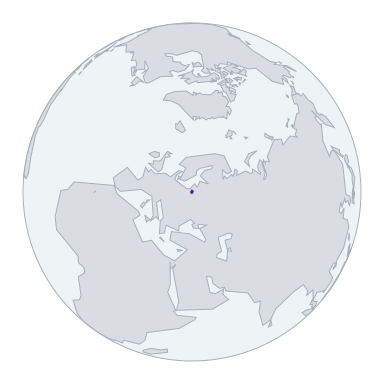 the Earth from above Marijampoles, rotated 36°
{"feature_id": "LTU-1070", "entity_name": "Marijampoles", "entity_type": "County", "adm_level": 1, "iso_a3": "LTU", "parent_name": "Lithuania", "parent_adm1": "", "projection": "orthographic", "projection_center": [23.274, 54.666], "detail": "fine", "context": "on_globe", "style": "filled", "palette": "violet", "viewbox_px": 384, "rotation_deg": 36, "n_neighbors": 0, "source": "natural_earth", "source_scale": "10m", "svg_char_len": 11230}
<svg xmlns="http://www.w3.org/2000/svg" viewBox="0 0 384 384"><g transform="rotate(36 192 192)"><circle cx="192" cy="192" r="169" fill="#eef3f6" stroke="#a8b0b8"/><path d="M77.2,68.0L96.0,53.4L84.4,61.7L92.4,55.5L91.6,56.1L102.0,49.5L110.1,44.8L123.1,40.0L132.2,41.3L127.4,42.8L130.2,43.2L136.4,41.5L139.8,40.3L157.6,41.8L178.3,40.5L184.4,37.7L183.4,40.5L194.8,33.9L205.8,33.1L193.6,35.6L192.5,37.2L200.0,37.2L200.5,38.8L204.5,39.9L204.4,41.9L197.3,43.6L197.1,45.0L202.4,45.0L205.7,47.3L197.9,47.1L202.9,51.1L191.9,55.3L171.0,54.3L165.0,59.5L143.8,66.2L145.9,67.8L139.2,71.8L139.1,75.1L135.2,75.7L138.5,78.0L142.0,76.8L144.7,77.5L144.9,79.5L140.0,80.5L139.2,79.6L137.9,81.0L135.3,80.7L136.7,81.9L130.7,83.1L137.0,85.0L132.5,88.4L128.4,88.4L128.5,84.5L119.1,75.6L115.0,75.0L109.2,77.6L99.0,90.7L94.6,91.8L88.9,96.1L91.5,97.2L96.8,94.2L100.2,97.5L106.3,93.8L108.6,94.8L115.1,92.8L114.4,97.5L110.3,103.2L105.0,105.1L103.0,107.8L108.4,109.6L98.7,117.2L92.8,129.4L90.2,131.0L84.7,127.2L83.9,117.4L76.7,113.5L81.7,120.6L75.2,125.2L74.3,128.0L74.9,130.6L77.5,130.7L75.3,133.4L69.6,127.1L71.4,124.5L73.2,126.4L72.8,122.0L68.9,118.4L65.9,121.3L63.2,113.6L61.0,115.6L59.2,115.3L62.8,112.4L56.2,117.6L52.5,111.4L43.4,120.9L52.0,108.3L54.8,102.5L57.4,96.6L55.9,98.0L61.4,89.0L62.9,84.7L58.3,88.8L52.9,96.1L60.3,86.1L68.4,76.8L77.2,68.0ZM51.8,97.7L46.7,105.9L47.4,105.6L44.6,111.6L41.5,115.1L35.9,128.1L33.8,132.6L38.9,120.5L44.9,108.8L51.8,97.7ZM30.0,144.1L29.6,145.5L27.6,153.4L27.9,154.0L27.6,159.2L25.8,164.8L27.1,163.9L26.0,170.6L26.6,185.3L26.1,185.4L26.3,204.6L29.6,221.4L30.3,228.7L29.6,229.7L31.4,235.2L31.5,237.0L41.3,258.9L48.6,273.0L49.9,278.6L46.7,277.2L48.5,281.2L42.4,270.5L37.1,259.5L32.6,248.1L29.0,236.4L26.2,224.5L24.3,212.4L23.2,200.2L23.1,187.9L23.8,175.7L25.5,163.6L28.0,151.6L28.1,150.8L29.2,146.8L30.0,144.1ZM41.1,123.2L34.9,141.4L36.0,134.0L36.2,134.7L38.3,129.4L41.4,121.3L43.1,115.5L41.1,123.2ZM43.7,124.6L44.6,121.8L44.1,124.2L43.7,124.6ZM141.2,39.6L136.5,41.3L130.7,42.4L134.6,40.7L141.2,39.6ZM152.3,38.5L150.2,39.6L147.3,38.6L149.4,38.2L152.3,38.5ZM188.7,35.5L184.8,35.9L188.5,35.0L188.7,35.5ZM205.0,39.7L206.0,39.1L207.6,39.9L205.0,39.7ZM115.0,90.5L115.0,91.6L113.8,91.4L115.0,90.5ZM117.7,88.6L116.3,87.5L117.4,86.4L118.2,87.1L117.7,88.6ZM209.0,43.9L211.3,45.5L207.7,44.1L209.0,43.9ZM119.2,90.3L119.5,84.8L121.5,83.0L126.4,84.3L119.2,90.3ZM211.9,46.7L217.6,50.9L220.2,49.9L216.0,55.3L212.5,49.8L207.7,48.1L211.1,48.0L211.9,46.7ZM143.1,75.6L139.3,76.9L142.2,74.1L143.1,75.6ZM144.3,73.7L149.5,64.4L155.3,63.7L152.3,66.8L159.6,64.6L159.8,68.8L155.9,70.9L152.1,70.5L155.1,72.5L144.3,73.7ZM212.7,57.8L213.0,59.2L211.3,58.1L212.7,57.8ZM146.0,77.6L146.5,75.7L151.5,74.9L151.4,78.5L149.8,77.6L146.0,77.6ZM161.4,62.1L165.1,62.3L166.3,65.7L167.9,66.2L160.3,68.8L161.4,62.1ZM148.8,78.8L151.1,80.4L149.0,82.7L145.8,79.4L148.8,78.8ZM152.9,73.2L155.3,73.0L153.9,74.3L152.9,73.2ZM142.8,91.9L143.3,89.4L146.0,88.8L142.8,91.9ZM152.2,80.9L152.9,80.2L154.0,79.7L155.1,81.2L152.2,80.9ZM161.7,71.1L161.4,72.6L164.9,70.2L165.9,72.8L160.7,74.1L163.4,74.6L163.7,75.4L159.1,75.7L161.7,71.1ZM159.5,81.4L153.2,84.3L151.6,88.8L149.2,89.5L152.2,82.1L159.5,81.4ZM159.6,78.0L159.0,80.2L156.3,79.8L155.1,78.1L159.6,78.0ZM168.5,74.1L168.3,69.8L169.4,69.7L168.5,74.1ZM159.6,82.8L161.1,82.1L159.8,83.2L159.6,82.8ZM166.4,76.8L166.1,75.3L167.4,75.2L166.4,76.8ZM164.3,82.1L162.3,82.9L161.4,81.7L164.3,82.1ZM165.7,79.7L167.5,80.0L162.3,80.7L165.3,79.0L165.7,79.7ZM167.6,77.0L168.3,76.4L167.6,77.7L167.6,77.0ZM168.9,86.3L162.5,87.6L160.5,84.9L167.0,83.9L168.9,86.3ZM95.8,292.5L85.0,267.9L90.0,262.8L90.7,253.2L125.1,232.5L132.7,237.5L160.0,239.1L163.5,241.1L160.6,249.3L181.3,261.5L187.7,254.8L206.3,259.6L218.4,257.9L222.2,241.5L202.3,243.9L198.6,236.2L214.3,227.4L231.7,225.2L230.8,222.1L219.6,217.0L223.3,210.2L215.7,214.7L218.9,217.5L214.2,220.5L211.0,218.2L212.4,215.8L207.1,215.0L201.5,227.1L204.3,231.3L190.5,234.0L193.8,241.4L190.1,244.9L183.3,233.8L183.8,229.6L171.3,216.7L169.5,221.3L181.2,233.9L177.7,232.9L175.4,239.6L174.3,233.6L162.0,219.1L149.4,219.8L133.8,233.5L126.4,232.6L120.0,226.7L125.3,210.1L141.3,214.2L143.4,208.8L139.9,199.1L145.0,201.3L145.5,197.9L151.5,199.0L159.7,192.3L165.7,192.5L168.7,182.3L172.2,181.2L169.4,187.4L170.8,192.1L185.8,192.5L188.6,190.4L189.3,183.9L193.4,185.0L192.1,178.7L200.6,175.9L189.2,174.1L189.7,166.9L194.6,161.3L192.8,158.8L184.7,168.0L183.3,172.0L185.4,175.8L179.9,187.1L174.8,188.7L172.8,176.1L165.4,177.1L167.1,167.2L187.8,147.7L196.6,143.8L211.8,152.1L209.9,156.9L203.5,156.2L209.7,163.3L209.1,159.6L212.4,160.7L213.8,154.5L216.2,155.0L213.3,148.3L216.4,148.3L218.2,152.5L222.9,143.7L229.3,142.1L229.2,139.9L227.3,138.0L236.8,137.6L236.2,136.0L232.9,135.5L229.8,132.1L227.8,126.1L231.2,126.3L232.4,128.5L239.9,133.5L242.4,139.5L243.6,139.0L242.2,133.8L233.1,127.7L231.0,124.0L235.6,126.3L233.8,125.2L233.8,123.4L237.0,121.9L232.0,119.2L227.6,101.1L233.3,96.7L238.0,100.5L238.4,89.0L244.9,85.7L241.8,85.2L240.0,79.7L237.9,80.7L236.3,80.1L230.7,67.3L232.0,64.7L226.1,59.3L224.5,59.1L223.2,60.7L216.0,55.3L220.2,49.9L223.6,50.5L224.0,47.0L231.6,49.1L238.1,49.4L246.2,54.3L250.6,54.4L250.3,53.0L256.0,52.4L269.1,56.3L260.1,59.1L240.8,55.8L248.8,57.5L247.5,59.0L250.7,60.9L256.3,62.1L256.6,61.0L268.1,73.9L282.6,82.6L280.4,76.6L283.3,75.0L297.8,81.2L317.9,103.4L322.0,102.7L325.0,105.1L327.7,110.8L323.3,107.4L322.3,110.2L319.4,107.6L322.3,116.1L318.3,112.8L322.5,121.4L325.5,121.8L324.4,115.3L329.8,124.5L334.1,123.1L339.3,128.0L347.6,148.4L349.2,161.9L350.2,164.4L348.4,166.5L349.7,175.7L356.0,178.5L357.1,181.8L357.4,196.6L356.7,194.5L352.0,199.9L353.8,209.3L357.5,207.2L358.8,211.5L357.1,215.6L355.5,212.2L353.7,213.9L352.3,206.5L347.3,200.1L345.5,208.3L343.8,204.0L336.6,201.5L332.9,213.0L328.4,237.3L330.7,249.1L327.8,258.2L316.9,249.8L311.4,240.0L307.8,244.7L296.3,240.9L277.4,252.3L274.4,250.0L270.9,253.7L262.7,253.7L258.0,249.3L253.2,251.7L265.7,262.8L270.8,260.2L274.6,252.0L277.2,256.6L285.0,257.4L277.5,274.7L249.0,296.8L245.7,288.3L221.4,265.3L221.8,261.7L221.7,261.4L221.4,260.7L219.7,266.6L215.3,261.4L228.8,279.6L231.3,287.4L248.6,297.5L247.1,299.4L252.5,300.5L269.2,290.9L269.4,293.8L261.8,309.9L238.2,332.1L241.1,339.6L239.0,345.9L223.7,352.2L224.5,354.9L216.6,357.0L215.8,358.1L209.1,359.7L198.1,360.8L180.1,360.5L179.3,360.2L170.9,358.0L159.4,349.4L164.3,345.3L162.9,340.8L149.8,327.3L152.7,320.6L149.1,316.7L141.7,315.9L137.5,310.9L133.0,309.6L104.6,302.1L95.8,292.5ZM113.7,247.3L112.8,250.2L113.7,247.3ZM250.5,230.6L260.6,227.4L255.2,218.6L258.6,216.8L255.5,214.6L254.7,218.0L247.0,211.6L251.0,206.8L249.4,202.5L245.9,203.5L239.8,213.4L250.8,222.5L248.8,227.6L250.5,230.6ZM26.7,185.7L26.5,188.5L26.2,186.2L26.7,185.7ZM34.9,135.0L34.2,138.1L33.4,140.4L33.7,138.4L34.9,135.0ZM31.8,160.1L31.6,164.0L31.3,160.8L31.8,160.1ZM34.2,144.1L31.9,157.2L31.5,151.7L33.1,143.6L32.7,148.0L34.2,144.1ZM41.5,126.0L40.8,128.2L40.2,128.5L41.5,126.0ZM43.3,126.3L43.4,125.6L44.3,124.0L43.3,126.3ZM75.6,125.5L76.0,126.1L76.0,129.0L74.8,128.2L75.6,125.5ZM82.9,139.2L79.3,143.3L81.1,139.7L78.8,139.2L79.6,131.2L89.0,131.5L84.6,132.7L82.9,139.2ZM83.4,121.1L81.8,125.9L83.2,120.7L83.4,121.1ZM142.5,179.5L144.6,182.3L142.4,185.9L134.7,186.4L137.8,181.2L142.5,179.5ZM148.1,185.7L148.3,173.5L153.1,172.9L150.4,175.2L153.5,176.1L150.0,180.1L154.4,191.8L152.7,195.8L139.4,194.2L144.7,192.4L142.3,189.6L148.1,185.7ZM140.3,145.9L140.5,141.4L150.6,145.9L149.3,149.7L141.6,150.3L138.6,146.2L140.3,145.9ZM127.9,94.0L127.3,92.4L128.7,92.1L130.3,93.1L127.9,94.0ZM142.8,90.8L132.0,100.5L130.7,99.1L125.8,106.7L120.7,106.3L124.0,101.3L116.4,106.8L117.3,102.2L112.5,106.4L120.5,95.4L121.0,91.6L122.4,95.9L127.1,96.4L129.3,95.4L136.0,90.2L139.5,82.7L144.7,82.2L147.5,83.9L147.5,85.6L144.1,85.3L146.5,87.8L141.5,88.7L142.8,90.8ZM177.1,107.6L173.2,105.9L177.2,112.4L172.2,112.8L173.0,113.6L169.5,115.8L166.7,120.0L164.4,119.5L164.3,121.3L162.0,123.0L161.0,125.4L156.6,125.5L155.1,128.5L153.8,126.9L152.4,132.1L151.5,128.3L148.4,130.2L151.0,132.9L129.4,129.0L121.1,130.8L114.7,134.5L114.0,127.9L119.5,120.4L128.1,113.7L136.2,113.1L134.4,110.4L137.8,109.4L137.8,112.0L139.8,107.4L142.5,107.3L150.2,102.3L151.3,96.1L154.1,94.3L155.1,96.6L157.2,93.1L160.9,96.4L163.0,95.2L168.7,97.4L169.3,102.9L171.6,101.1L176.1,102.9L177.1,107.6ZM170.4,87.1L172.2,93.2L170.4,96.6L161.2,91.5L158.8,92.1L152.8,89.2L155.6,84.5L157.0,85.7L159.1,85.8L157.4,87.3L160.3,86.2L162.4,87.9L165.2,87.6L165.0,89.7L170.4,87.1ZM167.3,238.2L170.0,238.9L174.1,238.8L172.7,243.2L167.3,238.2ZM158.7,228.5L161.1,228.2L161.2,234.1L158.4,233.6L158.7,228.5ZM162.4,223.2L161.2,227.7L160.2,225.0L162.4,223.2ZM171.6,186.9L174.2,186.4L174.5,187.9L173.1,190.1L171.6,186.9ZM187.9,128.1L185.9,126.3L186.6,125.5L185.3,120.0L188.8,119.4L191.0,122.5L187.9,128.1ZM218.9,244.8L215.5,248.4L213.6,247.2L215.1,246.2L218.9,244.8ZM193.0,246.9L199.0,248.7L192.6,248.1L193.0,246.9ZM191.5,126.6L190.5,124.4L192.9,125.5L191.5,126.6ZM191.3,118.7L194.1,119.5L189.1,118.7L191.3,118.7ZM266.5,336.0L253.9,347.5L246.3,350.1L245.5,348.8L250.6,342.7L259.6,338.1L264.2,333.6L266.5,336.0ZM358.6,220.3L357.1,225.1L352.0,225.0L353.9,220.4L358.7,214.4L358.5,216.8L359.4,214.4L358.9,218.5L358.6,220.3ZM360.5,203.8L360.5,201.7L360.5,197.3L360.8,193.9L359.3,171.0L359.3,168.7L360.3,176.8L361.0,190.3L360.5,203.8ZM331.4,249.5L334.9,252.8L333.1,256.4L331.4,249.5ZM357.1,159.0L358.8,168.5L356.7,158.1L357.1,159.0ZM354.8,150.9L355.5,152.6L355.1,152.8L354.8,150.9ZM351.9,167.4L351.7,171.5L350.9,170.1L350.5,164.1L351.9,167.4ZM343.2,132.4L346.3,136.7L347.4,138.8L345.8,137.9L343.2,132.4ZM220.4,120.3L218.3,128.4L219.2,134.2L223.4,137.4L216.6,136.6L215.3,127.6L220.4,120.3ZM226.3,103.3L222.6,100.9L224.8,99.9L225.9,100.3L226.3,103.3ZM223.7,103.3L218.3,104.4L216.5,101.7L221.2,101.4L223.7,103.3ZM204.9,115.2L204.1,117.6L202.2,116.6L204.9,115.2ZM356.7,154.1L357.7,159.2L354.8,146.9L355.0,147.4L356.7,154.1ZM355.4,149.4L356.4,154.0L354.8,147.6L355.4,149.4ZM356.2,153.7L355.5,151.7L355.1,149.3L356.2,153.7ZM355.0,147.7L353.4,142.9L353.9,144.0L355.0,147.7ZM353.4,147.5L354.0,145.6L354.7,151.5L350.9,144.1L350.3,140.6L353.4,147.5ZM325.8,100.0L323.8,98.9L322.2,95.6L324.1,97.3L325.8,100.0ZM315.1,84.6L321.1,94.4L325.6,102.7L326.0,101.5L330.1,106.3L327.7,106.3L321.9,98.1L319.1,92.5L315.3,89.1L311.2,83.8L306.8,81.6L303.8,78.7L307.0,79.1L315.1,84.6ZM304.9,80.9L295.8,75.9L294.3,71.4L296.0,71.4L300.8,75.5L301.3,77.7L304.9,80.9ZM293.2,73.5L293.5,75.6L280.8,74.5L277.8,73.2L286.7,71.2L287.5,73.1L290.9,74.3L293.2,73.5ZM214.7,58.9L213.2,59.2L213.9,58.1L214.7,58.9ZM235.2,80.7L233.2,79.7L234.1,78.3L235.2,80.7ZM228.0,76.2L228.3,78.4L226.5,76.0L228.0,76.2ZM229.4,83.5L227.8,79.3L231.4,83.4L229.4,83.5Z" fill="#d9dde1" stroke="#a8b0b8" stroke-width="1"/><path d="M191.4,192.8L191.2,192.8L191.0,192.7L191.0,192.3L191.0,192.1L191.0,191.9L191.2,191.7L191.3,191.6L191.2,191.4L191.1,191.2L190.9,191.1L190.8,190.9L191.1,190.8L191.3,190.7L191.4,190.8L191.5,190.7L192.1,190.8L192.3,190.8L192.5,190.9L192.5,191.0L192.4,191.0L192.2,191.1L192.3,191.2L192.4,191.3L192.5,191.3L192.6,191.5L192.7,191.8L192.7,192.0L192.7,192.3L192.8,192.4L192.9,192.5L192.7,192.6L192.3,192.8L192.2,192.9L192.2,193.0L192.1,193.3L191.9,193.2L191.7,193.1L191.6,192.9L191.4,192.8L191.4,192.8Z" fill="#8b5cf6" stroke="#5b21b6" stroke-width="1.5"/></g></svg>